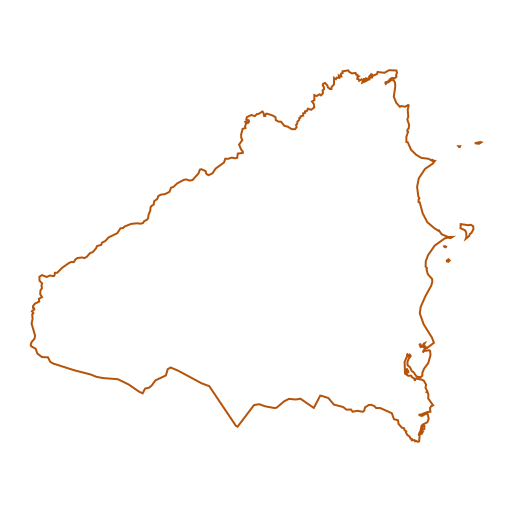 the district of Macomia, Cabo Delgado, Mozambique
{"feature_id": "85939544B2345621089228", "entity_name": "Macomia", "entity_type": "district", "adm_level": 2, "iso_a3": "MOZ", "parent_name": "Mozambique", "parent_adm1": "Cabo Delgado", "projection": "albers", "projection_center": [40.255, -12.036], "detail": "fine", "context": "isolated", "style": "outline", "palette": "amber", "viewbox_px": 512, "rotation_deg": 0, "n_neighbors": 0, "source": "geoboundaries", "source_scale": "gbopen_adm2", "svg_char_len": 5999}
<svg xmlns="http://www.w3.org/2000/svg" viewBox="0 0 512 512"><path d="M411.8,440.3L414.4,440.1L415.0,441.3L415.9,440.8L417.7,441.8L419.1,441.4L419.9,433.0L418.8,435.7L418.9,434.2L420.8,430.0L421.4,426.3L422.5,424.7L427.3,422.3L428.7,418.7L427.6,413.8L425.3,414.1L422.2,415.9L420.4,415.7L418.7,414.4L420.2,414.8L427.7,411.9L430.4,411.8L430.0,408.0L431.1,406.2L433.1,405.4L428.2,398.4L428.4,394.5L427.8,392.8L426.6,392.1L427.4,391.5L425.5,387.7L426.1,384.7L423.8,380.7L421.9,379.7L416.2,378.6L415.2,379.2L414.9,380.8L414.2,378.4L412.0,377.2L411.2,375.7L408.2,375.8L405.0,373.6L404.6,362.0L406.8,356.7L409.8,356.0L409.5,355.4L407.3,355.8L407.0,354.7L407.4,354.3L408.1,355.3L409.7,354.5L410.7,356.0L408.5,359.1L407.4,362.3L407.5,365.2L410.0,367.3L411.8,371.1L413.7,372.3L416.5,376.5L420.6,377.3L422.3,375.7L422.4,372.7L424.1,368.6L428.2,363.2L430.5,355.2L430.1,350.9L429.4,350.3L424.3,350.9L422.8,352.5L423.6,350.4L425.2,348.8L423.2,346.6L420.7,347.1L419.7,344.5L420.3,344.3L420.9,345.9L422.8,345.6L423.7,343.7L424.7,343.2L423.6,345.1L426.9,348.1L433.9,342.8L432.0,337.7L423.6,324.2L419.8,313.3L420.7,306.9L425.5,296.0L431.2,285.7L432.3,281.7L432.1,278.9L427.8,274.2L426.5,269.3L427.0,268.2L425.6,266.6L425.8,261.1L428.1,255.1L434.7,245.6L444.6,238.5L447.7,237.6L450.6,238.1L452.5,236.9L448.1,237.0L441.7,234.3L438.9,230.4L438.4,230.8L434.1,228.0L427.3,222.2L422.7,213.4L419.7,202.4L418.6,202.1L418.6,199.5L419.4,198.5L418.3,196.4L417.1,186.8L418.8,178.3L425.1,168.8L432.8,163.6L434.6,161.2L433.1,161.5L432.6,160.8L433.4,160.4L432.2,159.8L431.6,160.5L428.6,158.8L421.3,157.9L416.1,154.7L411.0,149.7L407.8,142.3L406.4,142.0L406.4,136.6L408.1,131.8L407.4,131.3L407.4,129.7L408.7,128.5L409.1,124.8L407.3,119.5L408.3,116.7L407.7,109.8L408.7,105.4L408.1,105.0L405.2,106.7L400.8,106.1L399.9,106.8L396.3,102.8L393.8,96.8L395.3,86.1L394.9,82.3L393.6,80.3L391.4,79.9L388.4,82.3L386.5,82.8L385.8,83.9L385.4,83.3L385.6,82.2L387.7,81.8L390.8,78.5L392.5,77.9L394.6,78.4L396.5,76.7L396.1,74.9L397.0,72.8L396.5,70.5L389.1,70.2L384.4,72.8L377.6,72.0L377.0,74.0L373.6,75.5L371.2,74.2L370.8,75.2L372.4,75.9L372.1,77.5L371.1,77.6L370.9,76.2L369.7,75.8L369.1,76.8L369.4,79.1L366.2,78.4L366.2,79.0L368.2,79.8L365.9,81.1L365.2,78.9L363.9,79.0L363.4,79.7L364.8,81.5L362.3,82.7L362.8,80.6L361.6,79.3L359.2,80.8L358.5,79.1L357.3,78.9L357.6,77.4L358.8,76.3L357.4,75.9L357.4,74.8L356.2,74.6L355.5,72.9L352.0,73.4L349.2,71.9L348.3,70.4L342.6,71.3L342.6,73.1L341.3,73.4L340.8,74.3L341.4,76.5L340.5,76.7L338.9,75.6L339.2,77.9L337.0,77.5L335.9,79.2L334.1,77.9L334.0,84.4L331.5,87.2L331.4,89.0L330.0,89.0L327.8,87.3L327.4,85.5L324.9,82.9L322.9,84.1L322.8,85.6L323.9,87.1L324.0,89.2L322.6,90.4L323.0,93.2L321.0,95.4L319.6,94.3L316.7,96.0L314.3,95.1L314.4,100.1L312.0,101.5L313.8,104.0L314.3,107.4L311.2,109.8L307.9,108.7L307.1,110.8L305.0,111.3L305.2,112.8L303.1,113.4L303.2,115.6L300.6,116.3L300.4,117.7L299.4,117.9L299.2,119.9L297.5,121.5L297.2,123.8L296.1,124.8L296.6,127.2L295.0,129.2L291.6,129.1L287.8,126.7L284.3,125.8L281.0,121.7L278.8,121.7L275.8,120.1L275.5,117.2L272.6,115.5L266.9,113.6L265.8,114.0L265.2,116.0L264.2,116.1L263.3,112.5L262.4,111.5L258.8,113.8L257.0,114.0L254.8,116.1L251.3,115.0L246.8,117.2L246.3,119.6L248.7,120.3L249.1,121.6L247.9,123.0L246.6,121.7L245.3,121.9L246.1,123.5L245.0,126.4L245.5,128.0L242.6,128.9L241.2,134.3L241.2,137.7L242.3,140.1L239.1,144.6L241.1,149.5L242.9,151.7L242.8,152.9L237.8,153.6L237.2,157.8L235.2,158.3L231.8,157.6L228.2,158.8L225.3,158.7L224.0,162.5L215.6,168.6L212.4,173.4L208.4,175.2L206.3,173.8L205.6,171.1L201.3,169.2L199.9,169.6L198.5,173.4L192.6,180.0L189.7,180.6L186.5,179.5L184.1,179.7L177.2,183.4L173.5,186.9L171.0,187.7L169.5,191.8L165.0,194.1L160.7,194.7L158.3,196.1L157.3,198.9L154.1,201.3L153.7,204.6L151.3,206.1L150.5,207.6L150.3,210.6L148.6,214.6L148.1,218.2L146.9,219.8L144.2,221.1L143.0,223.0L140.8,223.7L136.9,223.3L131.1,223.9L124.6,226.5L123.2,227.9L120.4,228.4L117.3,233.2L108.6,237.4L105.3,241.0L102.1,242.6L101.1,244.9L97.1,246.0L95.9,248.5L92.7,252.2L90.0,253.1L86.7,256.9L84.3,258.1L82.3,257.5L77.4,258.0L75.4,259.5L73.9,262.1L71.3,262.0L69.1,262.9L62.3,267.7L57.1,272.8L54.9,272.8L54.5,275.4L53.6,276.2L49.9,275.5L46.7,277.0L42.0,275.1L39.4,276.8L39.5,280.7L42.1,283.4L41.5,285.7L42.0,288.2L40.5,290.2L40.2,294.1L42.0,297.1L38.9,298.8L39.2,301.6L35.0,303.6L33.1,305.9L33.0,307.9L33.9,308.1L34.3,309.4L31.9,311.2L33.4,313.2L32.2,314.5L32.6,318.7L31.6,323.7L35.1,335.7L34.5,338.7L31.5,342.2L30.7,345.0L31.1,346.2L35.7,348.8L37.3,353.5L42.0,357.1L48.0,357.3L50.2,361.8L53.1,363.5L74.0,370.2L90.7,374.5L96.3,376.8L103.2,378.1L117.8,379.2L128.7,384.5L139.4,391.9L142.7,393.3L145.0,388.7L149.2,387.6L151.8,385.4L155.4,380.4L165.9,375.4L167.7,369.2L170.6,367.5L178.2,370.7L201.6,383.3L209.3,386.2L235.9,425.8L237.6,426.7L254.0,405.1L259.1,404.2L265.5,406.4L274.3,408.0L276.6,407.7L284.4,401.1L289.0,398.9L295.7,399.5L300.4,398.7L313.8,407.9L320.2,395.7L321.5,395.8L328.3,398.0L333.9,404.6L343.1,407.0L346.6,409.7L350.9,409.5L352.6,411.7L357.4,410.8L362.8,411.8L364.2,410.7L365.0,407.4L368.8,405.0L371.1,404.8L374.2,406.0L376.1,408.0L380.4,408.1L391.8,413.2L394.0,419.2L398.0,420.3L398.6,424.0L401.9,427.7L404.1,428.3L404.5,430.1L406.3,431.4L406.0,432.7L407.5,435.1L409.6,436.6L410.5,438.6L411.8,438.9L411.8,440.3ZM468.2,225.2L460.7,224.1L460.5,228.2L464.9,230.2L466.2,232.3L466.4,237.1L465.8,238.7L469.2,236.0L469.9,233.9L471.4,233.0L473.4,229.3L473.2,226.2L470.8,224.8L468.2,225.2ZM421.4,430.6L424.3,429.0L424.4,425.9L423.9,425.3L422.4,426.2L421.4,430.6ZM481.3,142.3L480.3,142.0L474.8,143.2L478.9,143.8L481.3,142.3ZM448.3,261.8L449.7,260.5L448.5,259.3L446.9,260.5L446.9,261.4L448.3,261.8ZM408.3,372.1L408.2,371.1L406.6,368.4L406.9,371.6L408.3,372.1ZM422.6,432.2L421.7,432.3L422.6,431.0L421.3,432.2L421.2,434.6L422.6,432.2ZM445.5,247.3L446.1,246.8L445.5,246.3L443.4,246.1L445.5,247.3ZM407.5,374.7L405.5,372.0L405.1,372.0L405.6,373.5L407.5,374.7ZM459.7,147.1L460.1,146.2L458.4,146.2L459.0,147.0L459.7,147.1Z" fill="none" stroke="#b45309" stroke-width="2"/></svg>